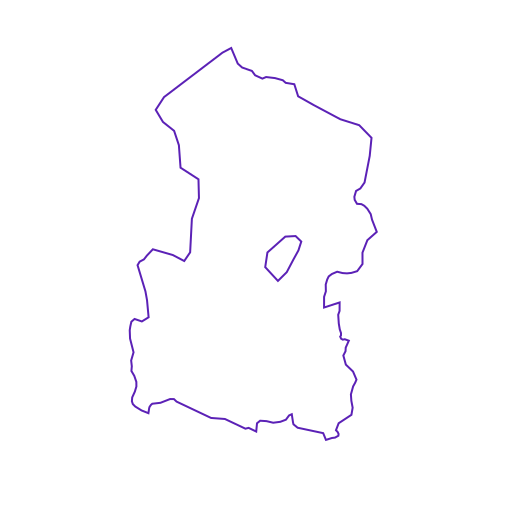 outline of Rezeknes, rotated 21°
{"feature_id": "LVA-1066", "entity_name": "Rezeknes", "entity_type": "Municipality", "adm_level": 1, "iso_a3": "LVA", "parent_name": "Latvia", "parent_adm1": "", "projection": "mercator", "projection_center": [27.315, 56.501], "detail": "fine", "context": "isolated", "style": "outline", "palette": "violet", "viewbox_px": 512, "rotation_deg": 21, "n_neighbors": 0, "source": "natural_earth", "source_scale": "10m", "svg_char_len": 1985}
<svg xmlns="http://www.w3.org/2000/svg" viewBox="0 0 512 512"><g transform="rotate(21 256 256)"><path d="M158.3,70.7L170.0,82.9L175.5,85.0L185.9,84.7L190.4,87.6L198.4,88.1L201.3,85.3L210.0,83.1L218.0,82.3L221.7,83.7L230.2,81.9L238.1,91.8L255.7,94.4L285.7,98.1L305.5,96.9L321.5,104.3L326.3,121.8L331.0,148.5L329.2,155.6L326.1,159.4L326.6,165.5L328.0,168.2L331.6,171.1L335.8,169.8L339.1,170.3L343.0,172.0L348.1,175.8L351.3,180.5L360.1,190.2L354.3,201.3L354.2,214.7L358.3,225.3L355.9,233.9L351.1,237.6L347.2,239.6L343.0,240.9L337.4,241.6L333.3,245.6L331.2,249.0L330.9,252.4L331.3,257.6L333.9,264.0L334.2,269.7L338.0,279.7L350.7,269.4L353.7,277.3L353.8,281.4L357.5,289.4L360.5,294.5L363.0,297.5L363.8,299.7L363.5,301.1L365.1,302.7L367.0,303.0L368.7,301.9L373.0,301.8L372.6,309.4L373.7,312.8L373.2,317.6L378.8,325.2L388.0,329.1L394.1,335.4L394.0,338.7L393.4,342.9L394.2,351.2L396.9,357.0L400.6,363.0L402.0,370.1L393.1,382.5L393.1,390.0L395.4,391.1L396.9,392.6L397.3,394.3L394.9,397.2L392.1,398.7L387.2,402.6L382.2,397.3L356.4,401.4L351.3,399.7L350.2,398.1L346.1,390.9L344.0,393.0L342.6,398.1L338.1,402.1L331.8,405.5L325.0,406.4L318.9,408.3L316.9,411.8L319.1,419.8L310.7,419.1L308.0,421.0L285.4,419.3L272.1,423.3L234.0,420.4L230.7,419.0L227.1,420.3L219.4,427.3L212.1,431.1L211.3,432.6L210.7,435.0L210.8,436.4L211.9,441.3L204.5,441.2L197.2,439.8L194.1,438.4L192.2,436.1L191.1,432.4L191.5,426.0L191.1,420.7L189.4,416.4L185.3,411.5L180.9,408.0L179.6,403.5L176.9,398.3L176.2,389.8L168.0,378.2L164.7,370.5L163.9,366.8L163.2,362.0L165.2,358.3L172.9,358.0L177.7,351.7L170.1,336.3L165.5,328.7L148.7,307.0L149.4,303.0L152.6,299.3L154.0,294.7L157.3,286.7L178.0,284.9L190.8,286.4L193.2,276.2L182.8,244.2L182.0,222.4L174.8,205.0L153.9,200.6L144.3,180.2L134.7,168.5L121.1,164.2L110.0,155.5L113.2,140.6L151.8,78.2L158.3,70.7ZM285.4,271.4L290.5,260.1L292.2,245.8L293.6,235.6L293.1,226.3L285.8,223.2L276.4,227.4L265.4,248.6L268.6,263.1L285.4,271.4Z" fill="none" stroke="#5b21b6" stroke-width="2"/></g></svg>